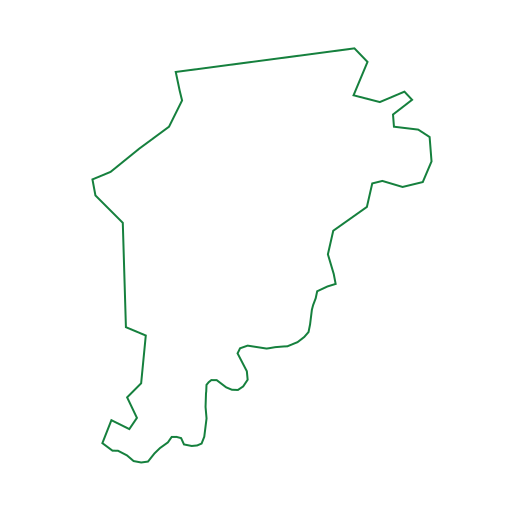 the district of Saykhunabad, Sirdaryo, Uzbekistan, rotated 94°
{"feature_id": "79887680B2941590396585", "entity_name": "Saykhunabad", "entity_type": "district", "adm_level": 2, "iso_a3": "UZB", "parent_name": "Uzbekistan", "parent_adm1": "Sirdaryo", "projection": "orthographic", "projection_center": [68.922, 40.647], "detail": "fine", "context": "isolated", "style": "outline", "palette": "green", "viewbox_px": 512, "rotation_deg": 94, "n_neighbors": 0, "source": "geoboundaries", "source_scale": "gbopen_adm2", "svg_char_len": 1209}
<svg xmlns="http://www.w3.org/2000/svg" viewBox="0 0 512 512"><g transform="rotate(94 256 256)"><path d="M96.3,343.7L106.0,340.6L133.1,351.8L157.0,379.9L182.2,406.9L191.0,424.5L206.8,420.4L232.2,391.2L336.1,380.8L343.0,360.4L391.0,361.7L406.0,374.7L425.8,363.5L437.5,370.3L429.9,388.8L453.4,396.2L460.2,385.6L459.9,380.1L463.9,370.8L469.1,363.8L470.0,356.1L468.6,349.4L460.0,343.5L454.3,338.4L448.1,330.9L442.4,327.5L442.0,322.7L442.9,318.0L449.0,314.7L450.0,306.9L449.1,301.5L446.9,297.2L439.9,295.0L421.5,294.0L410.1,295.8L396.4,296.3L394.6,296.2L388.0,296.4L385.2,294.4L382.9,291.9L382.6,286.5L389.1,276.6L391.1,270.7L390.9,264.7L387.0,259.7L380.0,255.7L371.6,257.1L364.4,261.5L354.4,267.6L351.3,266.3L349.2,265.5L346.0,258.1L347.6,239.0L347.1,236.6L345.6,230.5L344.3,222.0L343.9,218.4L339.0,208.5L333.4,202.2L328.2,198.3L320.6,197.3L305.7,196.5L301.0,195.6L294.0,193.5L286.9,192.5L281.4,182.6L278.3,174.6L268.5,177.2L249.3,184.4L225.4,180.7L199.3,148.8L175.5,145.1L172.3,135.2L176.9,114.6L170.6,94.8L149.4,87.5L125.2,91.1L118.6,103.0L117.4,127.4L105.3,129.2L89.3,111.2L81.7,119.4L93.8,143.2L88.9,169.9L54.6,158.3L42.0,172.3L78.0,348.9L96.3,343.7Z" fill="none" stroke="#15803d" stroke-width="2"/></g></svg>